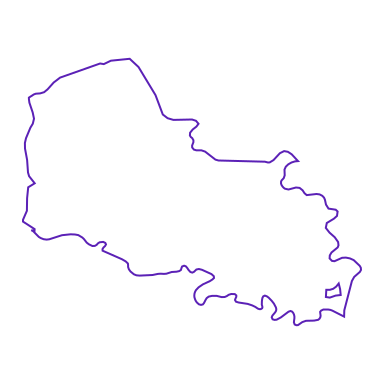 the Metropolitan department of Pas-de-Calais
{"feature_id": "FRA-5334", "entity_name": "Pas-de-Calais", "entity_type": "Metropolitan department", "adm_level": 1, "iso_a3": "FRA", "parent_name": "France", "parent_adm1": "", "projection": "natural_earth1", "projection_center": [2.469, 50.516], "detail": "fine", "context": "isolated", "style": "outline", "palette": "violet", "viewbox_px": 384, "rotation_deg": 0, "n_neighbors": 0, "source": "natural_earth", "source_scale": "10m", "svg_char_len": 3424}
<svg xmlns="http://www.w3.org/2000/svg" viewBox="0 0 384 384"><path d="M31.3,230.2L34.5,230.8L34.6,229.1L23.0,221.6L23.0,219.8L26.9,210.8L27.1,198.2L28.2,187.3L34.7,183.3L29.1,176.2L28.0,172.5L27.1,159.9L25.0,148.5L24.9,143.0L26.0,138.2L30.4,127.7L32.8,123.7L34.0,118.7L32.7,112.5L29.4,102.7L28.9,99.0L28.9,97.6L33.9,94.4L35.8,93.7L40.1,93.4L44.1,92.2L47.6,89.3L53.7,82.5L60.1,77.6L100.1,63.5L103.8,64.1L110.9,60.7L129.7,58.8L138.5,67.0L155.5,95.1L162.8,114.5L167.6,118.2L173.4,119.9L192.0,119.5L196.0,120.8L198.5,123.8L196.4,126.6L192.7,129.5L190.1,132.7L189.9,135.5L190.8,137.0L192.2,138.1L193.4,140.2L193.4,142.2L192.1,145.6L192.2,147.5L193.9,149.6L196.3,150.3L201.3,150.3L205.1,151.6L215.4,159.6L218.5,160.5L264.9,161.7L268.0,162.5L269.7,162.4L273.5,160.1L279.9,153.2L284.1,151.1L287.9,151.8L291.7,154.3L298.0,161.1L294.9,161.4L291.5,162.5L288.3,164.3L285.8,166.7L284.5,169.6L284.7,175.3L283.7,178.2L281.7,180.3L281.1,181.4L281.0,183.4L281.5,184.9L282.5,186.5L283.7,187.8L284.9,188.7L288.5,189.5L296.0,187.5L299.6,187.9L302.6,190.3L304.5,193.2L306.7,195.1L316.5,194.0L319.6,194.4L322.3,195.8L324.0,197.6L324.9,199.6L326.0,204.6L328.5,208.6L335.7,209.7L337.6,211.5L337.0,215.9L333.9,218.7L326.8,223.0L325.8,227.9L329.5,232.6L334.7,237.2L338.1,242.0L338.5,245.3L337.7,247.4L331.5,252.5L329.8,255.4L329.6,258.4L332.0,260.9L334.5,261.2L342.1,257.8L345.9,257.6L349.9,258.4L353.7,260.1L359.7,265.8L360.8,267.7L361.0,269.9L359.9,271.9L354.2,276.9L351.9,281.0L344.3,310.3L344.1,316.6L332.3,310.6L330.4,309.9L328.0,309.5L323.4,309.5L321.1,310.6L320.1,311.9L320.6,315.8L320.3,317.3L319.5,318.7L318.2,319.8L314.1,320.6L306.0,320.8L302.3,322.1L298.0,325.1L296.3,325.2L294.7,324.5L293.9,322.4L294.1,320.4L294.4,318.3L294.4,316.4L294.0,314.6L293.2,312.9L292.1,311.6L290.5,311.0L288.5,311.7L280.9,317.4L276.6,319.7L274.5,319.9L272.6,319.3L271.7,317.3L272.4,315.6L275.2,312.3L276.1,310.7L276.3,309.1L275.9,307.4L273.9,303.6L271.7,300.8L268.6,297.6L266.8,296.3L264.9,295.6L263.3,296.3L262.5,297.7L262.1,299.5L261.9,301.3L261.8,304.7L262.3,306.3L262.4,307.5L262.1,308.3L260.8,309.1L259.2,309.1L257.8,308.6L255.3,306.9L252.2,305.4L247.7,303.9L238.6,302.5L236.0,301.7L235.0,300.0L235.5,298.5L236.3,296.8L236.3,295.4L234.8,294.1L231.2,294.0L228.7,294.8L226.8,296.1L224.7,297.0L221.6,297.1L216.8,295.9L211.9,295.9L208.7,296.6L206.7,298.1L205.7,299.7L204.0,303.0L202.9,304.4L201.0,304.9L198.9,304.3L196.8,302.4L195.6,300.6L194.9,298.8L194.4,297.1L194.3,295.4L194.5,293.6L195.0,292.0L195.9,290.2L198.6,287.3L203.0,284.3L209.9,281.1L212.4,279.5L214.0,278.0L213.8,276.2L211.5,274.1L202.0,269.8L198.9,269.0L196.4,269.5L193.9,271.9L192.3,272.6L190.4,272.0L188.5,269.9L187.2,267.9L185.8,266.3L184.1,265.7L182.1,266.5L181.6,267.7L180.9,270.0L179.2,271.1L176.5,271.7L171.7,272.0L166.4,273.7L163.9,273.9L160.6,273.7L157.9,273.9L152.6,275.0L139.6,275.6L136.4,275.3L133.9,274.3L130.5,271.5L128.9,269.3L128.1,267.0L128.1,265.2L127.9,263.5L125.7,261.4L121.9,259.2L102.6,250.7L102.5,249.1L103.5,247.5L105.1,246.0L106.0,244.4L105.3,242.9L103.2,241.9L99.6,242.3L97.9,243.4L96.6,244.9L94.8,245.9L92.4,246.0L88.9,244.3L86.7,242.6L83.9,239.0L82.3,237.5L78.3,235.1L75.0,234.5L70.6,234.3L62.0,235.2L49.2,239.3L46.6,239.6L43.6,239.2L40.8,238.1L38.8,236.9L33.2,231.2L31.3,230.2ZM329.8,297.6L335.6,295.6L340.7,295.0L340.1,289.1L338.7,283.5L336.2,286.6L333.2,288.8L329.9,289.8L326.3,289.8L325.9,297.0L329.8,297.6Z" fill="none" stroke="#5b21b6" stroke-width="2"/></svg>